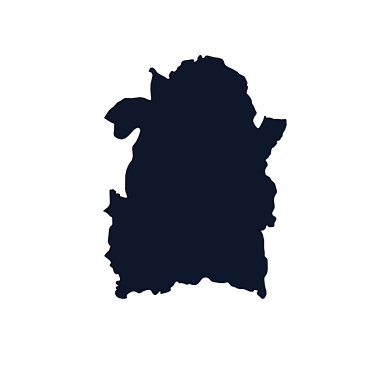 map outline of Uttarakhand (Mercator projection), rotated 60°
{"feature_id": "IND-3254", "entity_name": "Uttarakhand", "entity_type": "State", "adm_level": 1, "iso_a3": "IND", "parent_name": "India", "parent_adm1": "", "projection": "mercator", "projection_center": [79.21, 30.097], "detail": "fine", "context": "isolated", "style": "filled", "palette": "ink", "viewbox_px": 384, "rotation_deg": 60, "n_neighbors": 0, "source": "natural_earth", "source_scale": "10m", "svg_char_len": 5733}
<svg xmlns="http://www.w3.org/2000/svg" viewBox="0 0 384 384"><g transform="rotate(60 192 192)"><path d="M261.1,152.4L263.9,152.6L269.3,154.2L276.6,158.4L280.4,159.9L282.8,161.4L284.1,161.8L285.5,161.6L286.6,161.2L287.8,161.1L289.3,161.7L296.6,165.8L298.7,167.5L299.7,168.7L301.1,171.5L302.0,172.7L303.1,173.6L309.4,176.4L315.1,178.0L317.5,179.3L319.0,181.7L319.5,182.9L319.0,184.3L318.4,184.3L313.4,186.0L312.1,185.7L311.4,184.2L310.7,183.1L309.5,184.0L308.2,185.5L307.2,186.6L308.1,188.9L306.7,191.1L302.2,194.5L301.2,195.6L298.9,199.2L298.2,200.0L295.6,201.8L293.6,203.7L292.7,204.3L291.3,204.7L288.6,205.1L287.5,205.7L286.9,207.2L285.9,210.2L284.2,212.9L280.4,217.7L278.8,219.1L274.4,220.3L272.5,221.9L271.4,224.2L271.4,226.4L272.1,228.5L273.1,230.8L273.8,233.1L273.7,234.9L272.8,236.7L271.1,238.6L270.7,238.9L269.8,239.4L269.4,239.7L269.1,240.3L269.2,240.8L269.4,241.3L269.4,241.8L268.8,242.5L268.2,243.2L266.7,244.3L266.0,245.2L265.4,245.7L264.9,246.2L264.6,247.3L264.2,248.1L262.0,248.8L261.2,249.4L261.0,251.0L261.5,252.4L263.1,255.2L263.6,258.6L264.0,259.5L264.7,259.6L265.3,259.6L265.9,260.0L266.1,261.6L265.8,263.6L264.3,269.2L263.5,269.0L262.6,268.3L261.3,268.5L261.0,269.7L262.2,273.3L262.4,274.6L261.5,275.7L260.0,276.1L258.5,276.1L257.2,275.9L254.9,277.0L253.5,280.3L252.9,284.0L253.1,286.8L252.5,288.3L251.4,289.1L250.2,289.8L249.0,290.7L248.1,292.1L247.6,293.5L247.4,295.1L247.3,296.8L247.8,300.2L249.2,301.3L250.5,301.6L250.3,302.9L249.9,303.9L249.2,305.1L247.2,307.4L246.2,308.1L245.1,308.6L244.1,309.0L243.0,309.0L241.7,308.7L240.3,307.8L239.8,306.9L239.9,306.0L240.2,305.3L240.0,304.8L239.1,305.0L238.2,305.4L237.4,305.4L236.9,304.8L237.0,303.9L237.3,302.9L237.2,302.1L236.7,301.8L235.7,302.0L233.6,302.9L232.8,302.8L232.3,302.1L232.4,301.3L233.1,299.5L233.3,298.7L232.6,297.8L231.2,296.8L227.6,296.2L226.1,296.1L225.1,296.6L225.1,297.1L225.0,297.7L224.7,298.4L222.8,299.1L217.9,298.0L216.3,298.8L215.4,299.2L214.5,299.2L214.0,298.3L213.6,297.3L212.9,296.6L209.9,296.7L203.8,299.1L202.8,296.9L201.8,293.0L201.3,292.2L200.7,291.4L199.5,290.2L199.0,289.5L198.4,288.9L197.7,288.9L197.0,289.3L196.2,289.5L194.7,289.4L192.9,288.8L183.6,282.1L182.4,280.9L181.7,279.8L181.5,279.0L181.5,278.1L181.2,277.3L180.6,276.6L175.1,273.5L174.1,273.3L173.6,273.3L171.9,274.3L167.2,275.6L164.5,277.4L163.9,272.9L163.4,271.3L162.4,269.6L161.1,268.1L150.2,262.3L149.7,261.7L149.8,261.5L150.6,261.1L150.6,260.5L150.5,260.0L150.6,259.5L150.9,259.2L152.3,258.9L152.8,258.5L153.2,258.3L153.6,258.6L154.3,259.0L155.2,259.3L155.8,259.1L156.8,257.3L157.3,256.7L157.9,256.4L158.4,256.6L158.9,257.0L159.6,257.1L160.5,256.6L164.0,253.4L164.6,252.4L164.9,251.3L165.0,250.5L164.0,249.8L158.5,248.7L156.5,247.9L144.4,240.7L140.4,237.0L137.8,233.6L136.5,231.3L134.9,227.7L132.2,224.9L124.9,221.5L123.5,220.4L122.9,219.3L120.9,214.6L118.0,210.4L113.7,205.6L112.9,205.1L112.2,205.0L111.1,204.9L109.9,205.2L109.2,205.7L108.6,206.4L108.2,207.5L108.3,209.7L108.6,211.7L110.8,218.9L111.4,222.7L110.7,226.2L108.2,228.9L104.7,230.7L103.0,230.2L102.4,229.9L99.7,227.8L95.4,225.2L94.2,224.7L93.3,224.8L91.0,226.7L84.2,230.2L80.7,223.2L80.1,221.0L79.5,216.6L78.2,213.1L77.9,211.6L78.0,208.0L77.7,204.6L77.9,203.1L81.2,197.8L84.5,189.9L87.0,186.9L90.8,184.1L92.3,182.7L92.7,181.6L91.4,180.2L82.7,176.1L78.2,173.2L71.6,167.2L69.7,166.7L68.4,166.6L65.9,168.3L65.7,167.8L64.6,166.3L64.5,165.5L65.2,164.3L66.9,163.6L68.8,163.3L70.3,163.2L71.9,162.9L73.6,162.1L79.5,158.4L81.3,157.6L82.0,157.5L82.8,156.4L83.0,155.5L83.0,154.7L82.9,154.2L82.5,153.7L81.8,153.6L80.7,153.5L79.9,153.2L79.3,152.5L77.7,149.5L77.8,149.1L79.2,148.2L79.6,147.4L79.7,146.6L79.3,144.3L78.9,143.7L77.7,142.2L77.4,141.2L77.4,139.3L77.0,137.9L75.0,135.8L74.7,134.6L74.9,133.1L76.6,129.2L77.6,126.3L78.3,125.2L78.9,125.1L79.6,125.7L79.9,125.9L80.9,126.0L81.4,124.1L81.3,122.0L81.1,121.0L80.5,120.5L79.8,120.1L79.1,119.4L78.2,117.7L78.1,116.8L78.6,116.3L79.3,116.4L80.1,116.8L80.7,116.8L81.4,116.4L82.0,115.7L82.5,114.7L82.4,113.9L81.6,112.3L81.8,111.5L82.3,110.7L86.8,106.1L89.1,103.1L91.4,100.7L92.3,100.1L93.2,99.8L94.0,99.8L97.4,100.4L98.8,100.3L99.7,100.1L102.0,99.0L105.4,96.5L110.5,93.5L114.1,92.4L117.8,89.9L118.8,89.5L119.9,89.5L122.6,89.9L124.1,89.9L124.8,90.1L125.4,90.5L125.7,91.3L126.5,91.8L127.2,91.8L128.2,91.6L128.9,91.8L129.6,92.3L131.9,94.9L133.1,95.8L133.9,96.0L135.2,95.8L136.8,95.4L139.9,95.0L141.6,95.1L142.9,95.4L143.7,95.9L145.1,96.4L146.2,96.5L147.7,96.3L150.3,96.5L152.6,96.9L154.5,96.9L155.5,97.1L156.1,97.7L157.5,100.8L158.6,102.3L159.5,103.3L161.2,104.5L165.9,104.8L167.0,104.6L168.1,104.5L170.4,103.7L170.7,102.3L170.4,100.9L168.2,97.4L166.2,94.2L163.9,91.8L163.3,91.2L162.9,90.6L165.0,91.7L166.5,88.9L167.9,86.8L170.1,85.3L172.1,81.8L174.6,78.3L176.1,75.0L176.7,75.0L180.7,77.0L182.6,79.0L184.2,80.9L185.2,83.0L186.3,84.6L188.6,86.5L188.7,88.0L189.8,89.1L190.3,90.9L189.3,92.8L189.7,93.8L191.6,94.2L192.3,95.5L193.0,97.4L193.4,99.2L193.3,100.9L194.6,102.7L198.1,105.4L198.5,106.9L199.3,108.3L199.7,109.0L200.2,111.9L200.7,113.0L201.7,113.3L202.9,113.0L204.0,113.0L205.2,113.2L206.3,113.8L206.6,114.2L206.8,114.6L207.0,115.0L207.1,115.5L207.8,116.7L208.9,118.0L210.2,119.1L211.3,119.6L212.9,120.0L213.8,120.4L214.6,120.2L217.7,118.3L219.0,118.0L222.0,117.9L225.7,116.8L227.3,117.0L232.7,118.4L234.0,119.0L234.9,120.1L236.2,122.6L237.9,124.5L238.8,125.1L239.1,125.3L240.3,126.1L245.5,128.2L247.2,129.7L248.4,131.8L249.7,133.6L251.9,134.5L253.2,134.2L255.5,132.9L256.8,132.9L257.7,133.6L259.6,136.8L261.8,138.0L262.3,138.8L260.5,142.2L259.9,142.6L259.3,142.7L258.6,142.7L257.9,142.8L257.5,143.2L257.5,144.2L258.2,145.3L259.2,146.3L259.9,147.4L260.2,149.0L259.8,150.3L259.1,151.6L258.4,153.1L261.1,152.4Z" fill="#0f172a" stroke="#020617" stroke-width="1.5"/></g></svg>